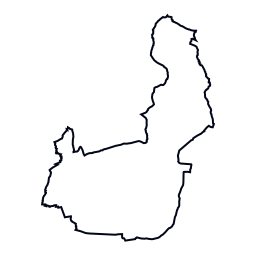 Hulubesti, Dâmbovita, Romania (orthographic projection)
{"feature_id": "2599482B41266636799835", "entity_name": "Hulubesti", "entity_type": "district", "adm_level": 2, "iso_a3": "ROU", "parent_name": "Romania", "parent_adm1": "Dâmbovita", "projection": "orthographic", "projection_center": [25.25, 44.872], "detail": "fine", "context": "isolated", "style": "outline", "palette": "ink", "viewbox_px": 256, "rotation_deg": 0, "n_neighbors": 0, "source": "geoboundaries", "source_scale": "gbopen_adm2", "svg_char_len": 5754}
<svg xmlns="http://www.w3.org/2000/svg" viewBox="0 0 256 256"><path d="M167.8,229.3L169.3,228.0L170.4,227.8L172.1,226.3L173.0,224.6L173.3,224.4L173.7,223.6L174.9,217.1L175.9,215.1L177.0,210.2L177.6,209.2L177.9,207.9L178.8,206.8L179.3,205.3L179.2,201.5L179.7,198.4L178.9,196.6L178.8,195.8L178.9,195.0L179.1,194.3L179.9,192.6L181.3,188.4L183.1,185.1L183.4,182.2L183.6,172.3L183.9,171.9L187.5,171.8L190.1,172.2L190.2,169.6L190.9,168.2L190.9,167.7L191.4,164.6L191.2,164.3L180.6,163.5L179.2,162.9L178.2,161.5L178.5,161.0L178.5,159.6L177.9,155.7L179.3,150.5L191.3,140.2L192.7,139.8L193.3,138.2L197.5,135.5L201.0,133.7L203.3,131.7L204.3,131.3L204.1,130.7L206.9,127.4L208.8,125.8L210.7,127.0L212.7,127.3L213.9,124.0L213.2,123.7L213.0,122.8L212.9,120.5L212.7,118.8L211.7,116.1L211.5,114.3L211.0,113.8L210.6,111.9L211.2,110.6L210.8,108.8L209.3,106.4L208.1,103.9L208.2,101.6L207.4,100.8L207.2,99.7L206.3,98.8L205.2,97.3L205.0,95.4L205.0,94.2L204.8,92.6L204.6,92.4L205.5,90.6L205.9,90.1L206.6,89.8L206.8,89.3L207.8,88.8L208.3,88.1L208.6,86.7L210.1,85.7L210.2,84.7L209.6,83.5L209.7,83.1L209.9,82.9L209.8,82.7L209.6,82.4L209.2,82.7L208.6,82.1L209.0,80.9L209.1,78.9L207.9,78.4L207.8,78.1L206.1,76.4L206.0,75.8L206.0,75.2L206.1,75.3L206.3,74.9L206.2,74.3L205.5,73.1L205.4,72.6L205.4,72.1L205.0,71.8L204.3,69.7L202.5,66.3L201.7,65.3L200.6,65.2L200.6,64.9L200.0,64.5L200.1,64.2L199.7,64.2L199.2,63.3L199.3,62.6L199.6,62.3L199.3,62.1L199.4,61.5L199.3,61.3L199.0,61.2L198.9,60.9L199.1,60.8L198.9,60.4L198.6,60.6L198.6,59.9L197.8,59.0L197.1,57.4L196.9,56.1L197.7,55.2L197.5,54.6L197.8,54.0L197.8,53.4L197.5,52.8L197.5,51.8L198.0,50.0L197.1,48.4L196.5,46.7L194.6,45.6L190.1,43.8L190.4,42.2L191.4,41.0L191.5,39.0L192.9,38.7L193.3,39.1L195.7,40.2L195.1,39.3L194.9,38.0L193.9,35.8L193.9,34.9L194.6,32.3L195.2,31.9L195.7,31.9L196.0,30.7L193.6,30.7L190.7,30.1L189.3,29.4L188.2,29.3L186.0,28.4L182.5,26.3L180.7,25.8L179.0,24.5L176.4,22.9L175.5,22.7L174.4,21.9L173.5,21.8L173.0,21.5L172.5,21.1L172.8,20.6L172.8,20.3L172.1,20.0L171.7,19.4L171.5,17.1L170.1,16.8L168.1,16.6L167.4,15.4L165.8,17.3L163.8,17.4L163.0,17.0L160.0,19.3L159.3,20.2L158.1,20.9L157.7,21.6L155.7,23.8L155.5,25.5L154.6,27.3L154.1,27.8L153.9,28.5L152.8,29.7L153.0,30.5L153.4,31.0L153.1,31.9L153.3,33.1L152.8,34.1L152.1,34.6L152.3,36.8L152.2,37.5L152.5,38.1L153.1,38.1L153.3,38.4L153.0,39.0L153.4,39.7L153.3,40.5L153.8,42.3L153.8,43.1L153.6,43.3L153.4,44.3L153.6,44.9L153.0,45.6L152.7,46.8L152.3,47.6L152.3,48.1L151.4,50.6L150.9,54.2L150.9,55.3L154.1,60.1L156.5,62.1L158.2,63.2L163.1,65.6L163.5,65.9L164.0,66.8L166.0,68.2L166.7,68.9L167.1,70.2L167.2,71.2L167.8,72.6L167.6,73.6L167.8,74.9L168.0,75.3L167.9,76.2L168.0,76.9L167.7,78.0L167.1,78.6L167.2,79.2L166.3,79.7L165.8,80.9L165.7,81.7L165.1,83.1L163.8,84.6L163.2,85.0L162.7,85.1L161.1,84.7L157.0,86.9L155.5,87.2L154.4,88.0L153.9,92.1L152.5,93.8L152.1,96.4L152.0,97.7L152.8,100.9L153.7,103.2L153.9,104.5L152.0,106.3L149.6,107.6L148.3,108.8L148.1,109.0L147.9,110.1L147.3,110.5L147.0,111.3L146.6,111.9L145.3,112.8L141.2,114.4L145.2,117.5L145.9,118.2L146.7,119.9L146.6,121.6L146.7,125.8L146.3,126.9L146.1,128.1L145.6,128.8L145.4,129.5L145.5,130.0L145.9,130.6L145.8,131.4L146.0,132.3L146.6,133.6L147.0,134.0L146.9,134.8L147.2,135.2L147.1,137.9L147.5,138.9L146.8,139.7L146.9,140.4L146.6,140.9L146.8,141.7L146.6,142.1L146.3,142.5L144.7,143.1L144.2,143.0L143.6,143.1L141.7,142.0L140.4,141.5L139.6,141.2L138.4,141.1L130.5,143.2L129.8,143.2L126.8,143.7L123.8,143.6L120.8,144.8L115.8,145.8L106.0,148.9L104.4,149.2L103.1,149.7L102.6,150.3L101.0,150.4L99.2,151.4L93.1,152.5L92.6,153.0L89.3,153.2L86.9,154.1L84.5,155.5L83.6,153.8L82.6,150.3L81.1,147.3L80.5,146.8L80.2,146.9L79.2,148.4L78.8,149.7L77.9,151.0L77.2,151.5L75.1,151.7L73.5,152.1L73.5,151.5L74.1,150.9L73.9,149.2L73.2,146.7L73.2,145.9L72.9,145.4L72.7,144.0L72.8,142.7L72.8,140.3L73.4,136.6L73.1,133.4L72.3,130.7L72.1,129.5L69.9,128.9L69.1,128.0L68.0,127.4L68.0,128.1L67.5,128.4L67.2,128.8L67.4,129.9L66.7,129.5L66.8,130.1L66.4,131.0L65.0,132.3L62.7,135.3L62.6,135.7L62.7,136.7L62.0,138.5L60.5,139.1L57.5,141.0L54.4,142.1L54.7,142.8L55.2,143.3L55.3,143.6L55.0,144.5L55.1,145.2L55.6,145.6L56.0,146.5L56.0,147.0L55.6,147.5L55.7,148.0L56.1,148.5L56.8,148.8L56.5,149.2L56.4,149.8L56.2,150.2L56.2,150.7L56.7,150.8L56.8,151.2L55.9,152.9L56.2,153.4L57.0,153.4L57.5,152.7L58.2,153.3L58.4,153.7L59.5,153.8L59.5,154.1L59.8,154.7L60.8,154.5L60.6,155.0L60.5,156.2L61.3,156.3L61.2,156.9L61.7,157.2L61.6,157.5L61.0,157.9L61.2,158.7L61.5,158.9L61.3,159.2L61.3,160.2L59.9,160.6L59.9,161.2L60.5,161.5L60.4,162.1L55.6,164.1L57.5,164.8L52.6,167.6L49.6,170.0L49.9,170.8L51.0,172.4L50.8,173.7L50.1,176.3L49.2,177.3L48.9,177.9L48.7,180.1L48.5,180.8L48.5,182.1L48.0,183.1L47.6,184.6L45.9,187.4L45.8,188.2L45.1,189.9L45.2,190.3L45.8,190.7L45.2,191.6L45.1,192.0L46.0,192.7L46.0,193.0L45.4,193.7L45.1,194.6L44.0,195.9L43.2,197.4L43.0,198.8L42.8,199.4L42.9,200.3L42.6,200.7L42.8,201.1L42.6,201.5L42.7,202.0L42.3,202.7L42.1,204.4L45.0,204.4L44.6,205.7L46.3,206.2L46.3,205.4L46.5,205.2L49.5,206.2L49.4,206.7L49.8,206.8L49.9,206.3L53.5,205.9L54.1,205.3L56.1,205.2L55.8,206.8L58.1,206.6L58.3,207.7L61.2,207.1L64.9,217.3L70.9,216.3L71.0,216.9L70.7,218.3L70.8,219.7L71.4,221.0L71.7,221.3L72.2,221.4L72.4,221.8L75.3,223.4L75.5,223.8L75.8,223.9L75.6,224.5L75.7,225.0L76.1,225.7L75.9,226.5L76.3,226.7L76.3,227.2L76.1,227.8L76.5,228.8L75.9,229.2L75.5,229.9L80.6,231.2L85.8,233.1L89.6,233.5L114.4,234.7L116.3,234.7L117.6,234.3L122.1,234.1L122.1,237.3L122.6,238.2L123.6,238.2L124.2,238.4L125.3,240.6L135.2,239.1L135.5,238.4L136.3,238.0L136.3,237.7L136.8,237.4L141.3,238.5L144.5,238.7L146.8,238.4L148.1,238.8L151.7,239.2L152.9,239.1L158.2,237.8L160.1,236.6L161.2,235.5L162.7,234.7L165.2,232.3L167.8,229.3Z" fill="none" stroke="#020617" stroke-width="2"/></svg>